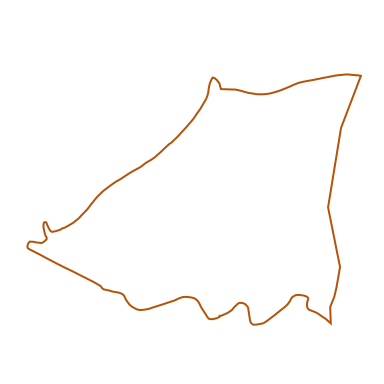 outline of Dennery Village, Dennery, Saint Lucia, rotated 184°
{"feature_id": "8701671B98909054283677", "entity_name": "Dennery Village", "entity_type": "district", "adm_level": 2, "iso_a3": "LCA", "parent_name": "Saint Lucia", "parent_adm1": "Dennery", "projection": "mercator", "projection_center": [-60.891, 13.911], "detail": "fine", "context": "isolated", "style": "outline", "palette": "amber", "viewbox_px": 384, "rotation_deg": 184, "n_neighbors": 0, "source": "geoboundaries", "source_scale": "gbopen_adm2", "svg_char_len": 5682}
<svg xmlns="http://www.w3.org/2000/svg" viewBox="0 0 384 384"><g transform="rotate(184 192 192)"><path d="M44.4,70.7L44.5,71.4L46.1,87.0L42.8,97.2L42.4,99.7L41.2,106.9L40.9,110.4L40.7,111.6L40.3,115.7L39.1,127.7L39.6,129.4L39.8,130.0L55.2,186.2L53.3,206.6L47.8,266.3L31.6,319.7L32.8,319.8L33.8,319.9L34.7,319.9L35.8,319.9L36.5,319.9L36.9,319.9L37.7,320.0L38.5,320.0L38.9,320.0L39.8,320.0L40.5,320.0L41.6,320.1L42.2,320.1L43.3,320.1L44.3,320.1L44.9,320.1L45.5,320.0L46.1,320.0L46.5,320.0L47.0,319.9L48.0,319.8L48.8,319.6L49.7,319.5L50.7,319.3L51.8,319.1L52.7,319.0L53.4,318.9L54.6,318.7L55.6,318.4L56.3,318.3L57.5,318.0L57.9,317.9L58.8,317.7L59.8,317.4L61.2,317.1L62.2,316.7L63.5,316.4L64.6,316.1L65.6,315.8L66.1,315.7L67.3,315.4L67.8,315.3L69.4,314.9L70.4,314.6L70.8,314.5L71.4,314.3L72.7,313.9L73.7,313.7L75.1,313.3L76.5,312.9L76.9,312.7L77.6,312.6L79.1,312.2L80.2,311.9L81.4,311.6L83.4,311.1L84.3,310.9L85.0,310.7L85.7,310.5L86.1,310.4L87.3,310.1L88.3,309.9L89.3,309.6L89.9,309.4L91.1,309.0L91.5,308.9L91.9,308.8L93.2,308.3L94.0,308.0L95.2,307.4L96.1,307.0L97.2,306.4L98.1,306.0L99.0,305.6L99.6,305.2L100.2,304.9L100.7,304.6L101.5,304.1L102.4,303.7L103.1,303.3L103.5,303.1L104.0,302.9L104.6,302.6L105.1,302.3L106.1,301.8L106.9,301.5L108.1,300.9L108.9,300.5L109.5,300.2L110.7,299.6L111.0,299.5L111.7,299.2L112.2,299.0L112.7,298.7L113.8,298.3L114.7,298.0L116.0,297.5L116.5,297.3L117.6,296.9L118.6,296.6L119.5,296.2L120.6,295.9L121.1,295.8L121.9,295.5L122.5,295.4L123.0,295.3L124.0,295.1L125.4,294.8L126.2,294.7L127.5,294.5L128.7,294.4L129.7,294.3L130.6,294.2L131.5,294.2L132.4,294.1L133.3,294.1L134.4,294.1L135.3,294.1L136.4,294.3L137.7,294.4L138.8,294.5L139.5,294.6L140.0,294.6L140.9,294.7L141.6,294.7L142.2,294.8L142.7,294.9L143.1,294.9L144.3,295.1L145.2,295.3L145.7,295.4L146.2,295.5L147.4,295.7L148.4,296.0L149.3,296.2L150.7,296.4L151.6,296.6L152.6,296.8L153.5,296.9L154.4,297.0L155.3,297.2L169.1,296.7L169.9,296.7L170.4,296.8L171.4,299.8L171.5,300.2L172.1,301.8L172.5,302.6L175.0,305.4L176.1,306.2L177.2,307.1L179.4,307.6L180.2,306.0L181.7,302.1L182.5,297.0L182.6,294.6L182.7,292.6L183.3,289.2L184.5,285.5L187.1,280.4L189.3,275.8L192.7,270.3L194.7,266.7L195.8,264.9L202.4,256.0L206.8,250.6L210.7,245.6L214.1,242.0L215.8,240.0L218.0,238.3L222.5,233.6L225.6,230.1L229.4,226.2L231.4,224.2L234.9,221.3L238.1,219.2L240.8,217.2L243.6,214.6L245.9,212.8L253.0,208.3L256.0,206.2L259.8,203.3L265.0,199.3L266.8,198.2L269.0,196.7L273.0,193.5L280.8,186.7L286.3,180.5L291.3,173.4L295.4,167.2L301.1,160.5L302.6,158.4L308.1,153.2L311.1,151.1L316.3,147.6L318.7,146.7L321.0,145.1L325.0,143.5L327.1,142.9L328.8,142.5L329.7,142.8L330.5,143.2L332.4,145.9L333.7,148.3L335.0,150.9L335.3,151.6L336.6,151.7L337.6,151.0L337.8,149.5L337.8,147.4L337.6,145.9L336.0,140.6L335.2,138.5L334.3,137.1L333.9,136.6L333.7,134.9L334.7,133.6L337.0,131.4L339.0,130.5L341.8,130.8L344.2,130.8L346.2,131.3L348.6,131.2L350.3,131.2L351.3,130.3L352.2,127.9L352.4,126.3L352.1,124.9L351.4,124.2L351.0,123.9L343.1,120.5L339.5,119.0L336.2,117.5L329.7,114.6L327.9,113.8L323.1,111.7L314.3,108.0L302.3,103.2L299.2,101.8L291.3,98.5L283.3,95.1L278.0,92.5L276.4,91.6L275.3,90.2L274.6,89.6L274.1,89.1L273.6,88.9L272.6,88.6L270.8,88.4L269.4,88.2L268.7,88.1L266.4,87.6L264.8,87.2L260.8,86.8L260.4,86.8L257.2,86.3L255.2,85.7L254.3,85.2L253.4,84.7L252.7,84.0L251.8,82.6L251.4,81.9L250.7,80.6L250.1,79.6L248.6,77.7L246.4,75.2L244.0,73.5L241.6,72.3L238.9,71.1L236.0,70.6L233.5,70.9L231.5,71.3L229.4,71.7L228.8,71.9L226.6,72.5L224.3,73.5L223.7,73.8L220.1,75.2L219.4,75.5L215.0,77.2L202.3,82.4L201.7,82.7L201.0,83.1L200.1,83.5L199.4,84.0L198.7,84.4L198.3,84.6L197.9,84.8L197.1,85.2L196.1,85.6L195.3,86.0L194.4,86.3L193.9,86.5L193.5,86.6L192.5,86.7L191.7,86.9L190.9,86.9L189.9,86.9L189.1,87.0L187.9,86.9L187.4,86.9L186.4,86.8L186.0,86.8L185.2,86.7L184.5,86.6L183.8,86.5L182.8,86.2L182.0,85.9L181.7,85.8L181.2,85.6L180.8,85.3L180.4,85.1L179.4,84.3L179.0,83.9L178.3,83.2L177.7,82.5L177.1,81.7L176.6,80.8L176.2,80.1L175.7,79.3L175.4,78.5L171.2,72.8L167.7,68.1L166.6,66.9L165.9,66.7L165.1,66.5L163.3,66.5L161.7,66.8L161.0,67.1L160.2,67.3L158.6,67.8L157.7,68.3L156.7,68.8L155.9,69.3L155.8,70.4L155.0,70.4L154.6,70.4L149.5,73.1L147.3,74.3L146.7,74.9L146.3,75.2L145.8,75.7L145.3,76.0L144.7,76.4L144.3,76.8L143.7,77.5L143.3,77.9L142.6,79.0L142.1,79.7L141.7,80.1L141.0,81.1L140.6,81.5L139.9,82.1L139.1,83.1L138.6,83.6L137.9,84.2L136.9,84.7L136.2,84.8L135.7,84.8L135.3,84.8L134.6,84.8L133.7,84.7L132.8,84.5L131.9,84.2L130.8,83.6L130.4,83.2L129.7,82.6L129.1,82.0L128.5,81.3L128.0,80.6L125.1,67.7L124.8,67.1L124.4,66.1L123.6,65.1L123.2,64.8L122.0,64.1L121.5,64.0L120.8,63.9L120.1,64.0L119.6,64.1L119.0,64.2L118.1,64.3L116.5,64.7L114.9,65.2L114.3,65.3L113.3,65.5L111.8,66.1L111.1,66.5L110.4,67.0L109.1,67.9L106.5,70.1L99.5,76.3L98.9,76.9L98.3,77.5L97.6,78.1L97.2,78.5L96.6,79.0L96.0,79.6L95.6,80.0L94.9,80.6L93.9,81.5L93.2,82.1L92.3,82.9L91.9,83.3L91.1,84.0L90.6,84.6L90.0,85.3L89.7,85.6L89.2,86.2L88.6,86.9L88.1,87.7L87.6,88.4L87.3,89.0L87.1,89.3L86.6,90.3L86.1,91.3L85.9,91.8L85.7,92.3L85.4,93.0L84.9,93.7L84.3,94.4L83.6,94.9L82.8,95.4L82.1,95.9L81.3,96.3L80.4,96.5L79.6,96.7L78.7,96.8L78.2,96.8L77.5,96.8L76.9,96.7L76.1,96.7L75.2,96.6L74.7,96.6L74.3,96.6L73.3,96.5L72.1,96.2L71.0,95.9L70.6,95.8L70.0,95.4L69.5,95.1L69.0,94.6L68.7,94.0L68.6,93.1L68.9,92.2L69.1,91.3L69.3,90.4L69.4,89.6L69.5,88.4L69.4,87.9L69.3,86.8L69.2,86.1L69.0,85.3L68.7,84.5L68.2,83.7L67.3,82.9L66.8,82.6L66.0,82.4L65.1,82.1L64.2,81.8L63.4,81.6L62.5,81.3L61.4,81.0L60.8,80.8L60.4,80.6L60.0,80.5L59.2,80.1L58.4,79.7L57.5,79.3L56.7,78.8L55.9,78.3L55.1,77.8L54.3,77.4L53.5,76.9L52.5,76.3L51.6,75.8L51.2,75.6L50.4,75.2L44.4,70.7Z" fill="none" stroke="#b45309" stroke-width="2"/></g></svg>